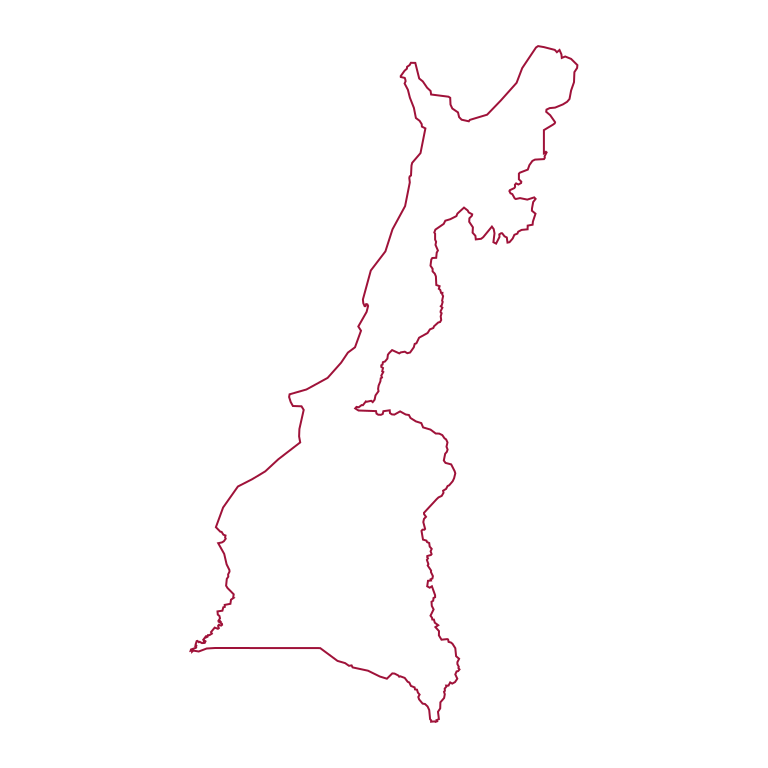 outline of Ho West, Volta, Ghana
{"feature_id": "2480657B47242267083805", "entity_name": "Ho West", "entity_type": "district", "adm_level": 2, "iso_a3": "GHA", "parent_name": "Ghana", "parent_adm1": "Volta", "projection": "orthographic", "projection_center": [0.372, 6.6], "detail": "fine", "context": "isolated", "style": "outline", "palette": "rose", "viewbox_px": 768, "rotation_deg": 0, "n_neighbors": 0, "source": "geoboundaries", "source_scale": "gbopen_adm2", "svg_char_len": 6088}
<svg xmlns="http://www.w3.org/2000/svg" viewBox="0 0 768 768"><path d="M451.2,464.4L445.5,462.9L443.8,460.5L445.2,453.7L446.8,451.9L447.6,449.6L446.5,446.7L447.5,442.4L446.1,439.4L444.5,438.3L442.3,435.1L439.2,433.6L435.7,433.5L430.5,429.6L423.1,427.4L421.3,423.1L415.9,421.4L410.5,418.0L408.9,415.0L405.7,414.5L400.1,411.4L394.4,414.6L391.9,414.4L390.0,413.1L389.7,410.3L383.4,411.2L382.7,414.0L380.9,414.8L378.2,414.7L376.5,413.6L376.0,411.1L358.5,410.5L355.2,408.4L356.5,406.9L358.7,407.3L361.6,405.1L362.9,405.2L365.9,401.4L366.5,401.8L371.2,400.8L372.7,402.1L374.6,399.7L375.5,395.4L378.5,391.2L378.1,388.9L378.6,385.6L380.4,381.3L380.7,378.3L382.0,377.5L381.3,375.6L383.3,372.0L382.2,371.3L383.0,368.0L381.3,366.9L381.3,365.3L382.5,364.6L382.9,362.2L385.0,361.5L387.4,358.6L387.9,354.7L389.2,353.0L392.1,350.1L399.3,353.4L400.7,352.4L404.8,351.7L407.3,353.2L410.1,352.5L413.8,347.3L414.7,343.9L416.4,343.3L419.1,337.7L427.6,333.0L429.9,329.4L433.3,328.0L434.1,326.2L438.2,322.5L440.1,322.0L441.2,320.0L440.7,316.3L441.6,313.2L440.7,312.5L440.6,311.2L442.4,307.7L440.8,306.2L441.7,305.3L442.7,301.9L442.1,300.7L443.1,296.1L442.2,294.4L442.4,292.9L441.1,292.9L440.2,289.8L438.8,288.8L439.6,286.2L436.3,285.0L435.9,276.4L434.8,273.7L432.6,271.4L432.6,268.8L430.5,265.7L431.3,259.5L432.3,258.0L436.2,257.8L436.7,252.7L437.9,250.5L435.5,244.9L436.1,241.8L435.1,239.6L435.1,233.7L434.3,232.5L435.4,229.6L443.7,223.9L445.3,220.7L450.3,219.2L456.4,216.1L457.4,213.6L464.0,207.6L467.7,210.5L468.7,212.4L472.2,214.3L471.9,215.7L469.4,218.3L469.2,221.8L472.9,227.3L472.6,232.7L475.4,235.8L475.8,239.4L481.1,238.8L483.2,237.2L491.9,226.6L493.7,229.1L494.5,233.3L493.4,242.2L496.1,243.6L499.5,236.9L499.3,234.4L501.2,233.2L502.2,233.3L504.5,236.3L506.8,237.5L507.5,242.6L509.5,242.2L512.7,238.5L514.4,234.8L517.4,233.6L518.2,231.7L521.6,229.9L527.6,229.3L527.7,225.6L532.6,224.7L532.9,221.6L535.5,213.7L531.9,210.7L532.0,208.4L533.2,202.0L535.6,198.9L534.2,197.4L527.3,199.6L520.0,198.1L515.8,199.0L514.7,198.4L512.3,194.1L510.5,193.3L509.4,191.1L509.8,190.2L514.3,188.1L515.1,186.9L514.9,184.8L516.1,183.4L518.4,184.5L521.1,183.0L521.3,181.7L518.9,179.3L518.9,173.7L519.8,172.7L527.8,169.6L529.4,165.1L532.4,160.9L535.0,159.6L544.0,159.1L544.8,157.8L544.6,156.3L546.6,152.4L545.9,151.8L543.9,153.2L543.9,130.1L552.9,124.7L554.7,123.4L555.1,122.2L550.2,115.2L546.2,111.8L546.5,109.6L549.7,108.1L555.1,107.6L562.9,104.4L567.1,101.8L569.5,99.0L571.1,90.5L574.0,82.2L574.4,72.1L577.1,68.0L577.4,65.1L571.1,58.9L565.2,56.5L561.8,57.9L561.4,54.3L559.5,50.0L556.9,52.2L554.8,49.9L543.9,47.1L538.1,46.1L536.0,47.5L522.2,68.1L516.6,82.8L500.7,100.6L487.1,114.7L469.8,119.9L468.8,121.3L461.6,119.7L459.1,117.1L458.0,112.4L452.3,108.5L450.5,104.6L450.2,97.8L448.5,96.7L431.1,94.5L430.6,91.0L427.1,87.7L422.8,81.4L419.2,78.5L415.3,62.9L410.9,62.8L409.6,65.1L407.1,66.8L406.9,68.7L404.6,70.7L400.7,76.1L400.8,77.0L404.7,77.9L405.3,79.5L405.6,81.2L404.6,83.5L407.9,89.8L409.9,97.7L413.9,107.9L415.9,118.0L419.6,120.8L421.7,124.1L421.9,126.6L425.4,128.4L420.5,153.1L412.2,162.8L411.5,165.5L411.0,175.5L409.7,176.4L409.3,178.0L409.8,182.4L405.1,206.1L392.5,229.3L385.4,251.4L370.8,270.5L362.9,299.5L363.3,303.2L364.6,306.1L365.5,306.1L366.2,304.1L367.4,304.4L368.1,306.0L366.6,311.9L358.3,326.5L361.0,330.7L355.0,347.3L347.9,352.6L341.1,362.7L327.6,377.9L306.4,389.5L289.6,394.3L289.1,397.0L290.7,402.0L292.9,406.0L301.5,406.3L303.7,409.9L299.4,429.0L299.1,436.4L300.2,442.4L278.4,459.2L265.2,471.4L252.0,479.3L237.9,486.5L223.1,507.5L215.9,527.2L220.3,531.7L221.6,531.9L223.4,534.7L225.5,535.5L225.1,537.4L225.7,538.7L223.9,541.2L222.0,542.4L218.2,543.2L224.2,553.9L226.6,564.3L229.4,570.0L229.5,571.7L228.1,574.4L228.3,576.7L226.8,578.9L226.1,585.7L227.5,588.0L233.7,594.3L233.2,597.5L233.7,597.8L231.0,599.7L230.4,603.8L224.7,604.9L224.8,606.9L223.3,607.3L222.4,610.7L217.5,611.4L217.8,614.6L219.4,615.9L220.0,618.3L218.6,620.6L220.0,621.0L220.5,621.6L219.4,622.1L221.9,623.7L222.1,624.8L221.1,625.6L218.8,624.8L218.1,625.9L218.8,628.2L217.9,628.8L214.7,627.6L211.0,632.1L211.9,633.6L209.5,635.1L208.0,635.1L207.6,636.7L205.6,637.6L206.5,636.2L206.0,636.2L203.3,639.7L204.4,640.8L203.8,641.2L204.2,642.2L204.8,642.0L204.8,640.8L205.5,641.3L204.7,642.9L202.0,643.1L199.7,641.8L198.9,642.2L197.4,640.9L196.7,641.1L195.6,644.5L196.3,645.6L195.3,646.2L196.2,647.2L195.9,647.8L191.0,649.5L190.6,650.8L192.3,650.4L192.2,651.6L193.4,650.6L198.7,651.5L206.7,648.5L215.1,648.0L320.2,648.1L337.5,660.9L345.1,663.1L349.0,665.8L351.6,665.4L352.6,667.4L368.0,670.7L379.8,676.5L386.9,678.7L392.3,673.4L394.6,673.6L398.3,675.5L399.2,676.7L400.3,676.3L404.7,677.9L407.7,681.8L409.3,682.5L410.9,685.9L414.6,687.4L415.0,689.4L417.0,689.7L417.9,692.6L419.6,694.6L418.3,697.0L419.1,699.4L422.6,703.6L425.0,704.0L427.6,706.5L429.2,710.0L430.1,719.2L431.2,720.4L431.1,721.7L434.7,721.4L435.4,721.9L437.1,721.3L436.5,720.2L438.9,719.1L438.0,711.8L440.2,708.4L440.4,702.3L444.1,698.0L444.8,694.2L444.0,691.8L444.9,690.8L444.7,688.6L446.5,686.5L446.2,685.6L448.5,685.6L450.2,682.4L452.2,683.6L455.0,682.1L457.3,678.7L455.3,674.4L456.6,671.4L458.1,671.1L459.5,669.4L458.4,668.0L458.8,666.8L457.4,664.1L457.4,662.1L459.1,658.8L456.1,656.2L455.3,648.2L452.5,643.8L450.9,642.5L448.6,641.9L448.1,639.5L447.2,639.1L441.5,639.7L438.9,635.4L439.0,631.1L435.4,627.1L438.2,625.2L434.8,622.7L433.9,619.6L432.3,619.5L432.0,617.7L430.5,615.7L433.6,609.4L431.8,605.9L431.5,601.8L433.2,600.7L433.5,598.0L435.1,597.2L435.1,595.2L431.9,586.3L429.7,587.7L427.2,586.3L428.0,580.8L431.0,580.5L430.6,579.3L432.4,578.5L432.9,576.1L430.9,572.0L431.1,570.6L427.7,565.5L428.4,564.1L426.9,559.9L428.0,558.3L427.2,557.2L427.3,556.0L430.9,555.0L431.6,554.1L430.6,551.3L431.7,548.9L429.7,546.6L429.2,543.0L427.1,542.1L426.4,540.6L423.0,539.6L421.5,530.9L422.5,529.7L424.4,529.7L425.1,528.9L423.3,522.1L424.0,518.9L426.0,516.8L424.1,514.2L424.0,512.8L436.6,499.2L438.5,497.4L441.7,495.9L443.5,492.8L443.1,490.7L446.1,488.9L447.6,486.0L449.2,485.3L452.7,481.2L454.1,478.2L455.3,473.3L454.6,471.1L451.2,464.4Z" fill="none" stroke="#9f1239" stroke-width="2"/></svg>